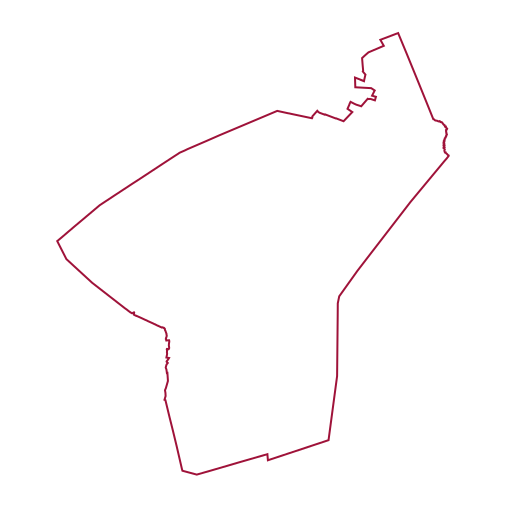 Cranendonck, Noord-Brabant, Netherlands (Natural Earth projection), rotated 357°
{"feature_id": "6326949B25939661204192", "entity_name": "Cranendonck", "entity_type": "district", "adm_level": 2, "iso_a3": "NLD", "parent_name": "Netherlands", "parent_adm1": "Noord-Brabant", "projection": "natural_earth1", "projection_center": [5.605, 51.287], "detail": "fine", "context": "isolated", "style": "outline", "palette": "rose", "viewbox_px": 512, "rotation_deg": 357, "n_neighbors": 0, "source": "geoboundaries", "source_scale": "gbopen_adm2", "svg_char_len": 5124}
<svg xmlns="http://www.w3.org/2000/svg" viewBox="0 0 512 512"><g transform="rotate(357 256 256)"><path d="M409.6,40.8L391.5,46.6L394.6,52.8L379.0,58.5L376.3,60.6L374.8,61.8L372.3,63.9L372.5,71.4L372.7,76.5L372.3,77.3L373.2,78.5L374.8,80.6L374.6,81.2L374.1,82.9L373.4,85.4L373.0,87.1L370.4,85.9L370.5,85.8L364.2,83.0L364.0,92.7L379.8,94.4L383.2,96.9L382.9,97.4L380.3,102.0L384.1,103.3L382.9,106.8L380.8,106.0L380.3,105.8L379.5,105.5L379.0,105.3L378.7,105.2L378.3,105.1L377.7,105.1L376.9,105.2L376.7,105.1L376.4,105.1L376.2,105.0L376.0,104.9L375.8,104.8L368.9,112.0L368.2,111.7L367.7,111.5L364.0,110.1L362.1,109.1L358.5,107.0L357.8,108.2L357.4,109.0L356.9,110.3L356.6,110.8L356.2,111.6L355.6,112.8L355.1,113.8L359.7,117.3L350.5,126.0L343.1,122.7L342.8,122.8L332.4,118.2L332.1,118.5L327.0,116.3L326.3,115.8L325.9,115.6L324.8,114.2L320.6,118.5L320.4,118.7L319.7,119.4L319.6,119.6L319.5,119.9L319.5,120.3L319.4,120.7L319.5,120.9L319.6,121.2L319.7,121.4L319.9,121.6L319.6,121.5L298.9,116.0L296.8,115.4L295.4,115.1L284.8,112.2L225.6,133.6L219.8,135.8L212.1,138.7L193.2,145.7L190.4,146.9L185.6,148.7L184.9,149.0L184.0,149.6L179.8,152.0L167.4,159.2L142.3,173.9L136.7,177.1L117.9,188.1L102.6,197.1L82.9,212.0L76.0,217.2L69.2,222.4L63.5,226.8L58.3,230.7L58.5,231.2L66.5,249.2L91.0,274.2L122.3,301.3L124.1,302.7L125.0,303.5L126.0,304.4L127.3,305.4L127.4,305.6L128.0,305.9L128.9,306.6L129.2,306.6L129.8,306.5L130.2,306.3L130.7,306.1L131.0,305.9L131.3,305.9L131.4,306.2L130.9,308.1L131.2,308.4L133.2,309.5L133.3,309.4L138.2,311.9L142.1,314.0L143.4,314.6L144.7,315.4L145.1,315.6L145.5,315.8L149.6,317.9L150.8,318.6L151.2,318.8L151.4,318.8L151.5,318.9L151.8,319.1L152.0,319.2L152.1,319.3L152.8,319.6L153.0,319.8L154.1,320.4L154.7,320.6L154.8,320.8L155.0,320.9L155.4,321.0L155.6,321.1L156.2,321.5L156.7,321.7L156.9,321.9L157.2,322.0L157.7,322.2L158.1,322.5L158.4,322.4L158.7,322.3L159.2,322.6L159.4,322.6L159.8,322.7L160.0,323.0L160.4,323.0L160.5,323.1L160.7,323.3L160.8,323.6L160.9,323.8L161.1,323.9L161.1,324.0L161.2,324.7L161.2,325.0L161.3,325.4L161.4,325.5L161.5,325.7L161.6,325.9L162.1,327.6L162.2,328.0L162.4,328.5L162.5,329.1L162.6,329.3L162.5,329.8L162.5,330.0L162.6,330.4L162.7,330.8L162.7,331.0L162.5,331.6L162.5,331.8L162.1,332.7L161.9,333.0L161.9,333.5L161.6,334.1L161.8,334.5L161.9,334.8L161.9,335.1L162.0,335.7L163.8,335.6L164.4,335.6L164.8,335.6L164.9,336.1L164.9,336.7L164.9,336.9L164.9,337.2L164.7,338.0L164.5,338.9L164.4,339.7L164.3,340.6L164.3,341.3L164.4,341.8L164.4,342.3L164.5,343.2L164.4,343.6L163.9,344.5L163.7,344.6L162.8,344.2L162.5,344.1L162.2,344.1L162.0,344.5L162.1,345.1L162.2,345.7L162.2,346.1L162.1,346.4L162.1,347.2L162.0,347.4L162.0,347.5L162.1,348.7L162.1,349.0L162.0,349.5L161.9,350.2L161.6,351.2L161.2,352.7L163.8,353.3L163.3,354.1L162.6,354.9L162.3,355.4L161.8,355.8L161.7,356.0L161.2,356.6L161.2,356.9L161.5,357.3L162.3,358.2L161.3,359.3L160.9,359.9L160.2,362.0L160.0,362.8L160.6,364.6L160.9,368.2L161.4,368.1L161.5,374.3L161.5,376.2L159.1,383.2L158.1,385.3L158.4,388.0L158.4,391.1L157.1,394.8L158.0,395.2L161.1,411.8L164.0,426.7L166.8,441.7L170.9,464.9L171.3,466.6L185.4,471.2L199.8,467.9L228.6,461.1L257.0,454.5L257.2,460.6L318.8,443.7L330.7,380.2L334.5,319.2L335.2,307.5L337.0,300.6L356.5,276.1L370.8,259.4L413.2,210.0L449.0,171.2L451.6,168.5L453.5,166.3L453.6,166.2L453.7,165.9L453.6,165.6L453.4,165.5L453.2,165.5L452.8,165.1L452.1,164.1L451.5,163.6L450.8,162.9L450.8,162.6L450.4,162.6L450.2,162.6L449.8,161.7L449.8,161.4L449.8,161.2L449.7,161.0L449.6,160.7L449.7,160.4L450.1,159.4L449.9,159.1L449.6,158.6L449.4,158.4L449.0,158.2L448.9,158.0L449.9,157.4L449.6,157.0L449.4,156.8L449.9,156.0L450.0,155.9L449.9,155.8L449.9,155.7L449.6,155.6L449.1,155.7L449.0,155.3L449.0,155.0L449.1,154.9L449.4,154.7L449.7,154.4L449.9,154.2L450.0,154.1L449.8,153.7L449.9,153.3L449.9,153.0L449.8,152.9L449.7,152.7L449.2,152.7L449.3,152.1L449.4,151.9L449.8,151.8L449.9,151.7L449.7,151.4L449.6,151.2L449.6,150.9L450.0,150.7L450.3,150.6L450.2,150.3L450.1,150.0L450.1,149.9L450.2,149.5L450.3,149.4L450.6,149.2L450.5,148.9L450.6,148.6L450.7,148.4L450.8,148.3L450.8,148.2L451.5,147.8L451.6,147.7L451.5,147.3L451.5,147.2L451.8,146.7L452.2,146.4L452.3,146.2L452.3,145.9L452.2,145.5L452.2,145.4L452.3,145.3L453.0,144.8L452.9,144.2L452.4,143.1L452.6,142.6L452.3,141.8L452.3,141.7L452.5,141.1L452.5,140.9L452.4,140.7L452.3,140.4L452.3,140.2L452.7,140.1L452.8,140.0L453.0,139.8L453.2,139.6L453.3,139.4L453.4,139.2L453.6,138.9L453.5,138.7L452.6,137.9L452.3,137.6L452.3,137.4L452.4,137.0L452.3,136.9L452.3,136.7L452.2,136.7L451.5,136.5L451.4,136.5L451.3,135.4L451.2,135.2L450.5,134.9L450.4,134.8L450.3,134.7L450.2,134.4L450.1,134.2L449.8,134.0L449.6,133.7L449.4,133.2L449.1,132.8L448.7,132.5L448.6,132.4L448.6,132.2L448.4,132.0L448.0,132.0L447.4,132.0L447.2,131.9L447.0,131.6L446.9,131.4L446.8,131.2L446.6,131.0L446.5,130.9L446.4,130.9L446.2,131.1L445.8,131.2L445.6,131.2L445.0,131.0L444.8,130.9L444.5,130.7L444.3,130.6L443.9,130.4L442.4,130.1L441.9,129.9L441.7,129.7L441.4,129.4L440.9,128.8L440.4,128.6L440.2,128.6L438.9,124.8L434.3,111.4L427.1,90.6L417.3,62.5L409.6,40.8Z" fill="none" stroke="#9f1239" stroke-width="2"/></g></svg>